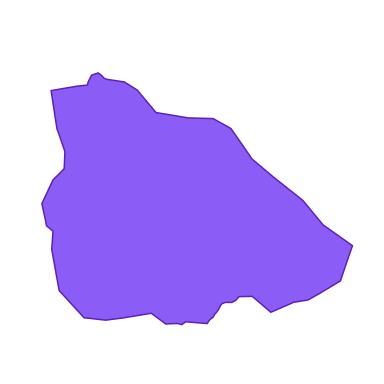 Campinas do Piauí, Piauí, Brazil (Mercator projection), rotated 171°
{"feature_id": "56859067B43304004429868", "entity_name": "Campinas do Piauí", "entity_type": "district", "adm_level": 2, "iso_a3": "BRA", "parent_name": "Brazil", "parent_adm1": "Piauí", "projection": "mercator", "projection_center": [-41.868, -7.679], "detail": "fine", "context": "isolated", "style": "filled", "palette": "violet", "viewbox_px": 384, "rotation_deg": 171, "n_neighbors": 0, "source": "geoboundaries", "source_scale": "gbopen_adm2", "svg_char_len": 985}
<svg xmlns="http://www.w3.org/2000/svg" viewBox="0 0 384 384"><g transform="rotate(171 192 192)"><path d="M222.8,62.6L218.5,64.8L197.7,59.7L194.3,63.2L190.8,65.0L188.6,67.8L186.5,69.4L184.2,71.7L182.1,74.8L179.8,77.1L176.0,77.7L170.2,76.7L165.8,78.1L162.0,81.3L148.8,79.5L137.8,66.6L133.0,60.9L112.4,66.2L108.9,67.2L94.4,67.2L82.2,71.7L59.3,81.0L46.6,105.2L41.9,113.8L53.3,125.0L67.7,139.0L83.8,166.3L109.6,194.4L127.9,215.6L129.5,219.4L143.6,248.6L155.7,258.1L159.6,261.2L184.3,265.8L199.7,271.0L215.1,276.1L228.2,297.9L230.1,301.2L241.6,311.3L258.5,316.6L261.2,318.3L263.2,321.5L266.1,324.3L272.9,323.1L277.1,317.3L278.6,314.0L288.8,314.5L300.2,314.4L315.3,314.2L315.5,275.5L314.4,270.0L311.2,251.8L314.6,235.0L322.4,229.3L327.4,225.7L342.1,204.0L341.2,188.2L341.0,181.4L335.4,175.0L339.5,157.3L339.2,141.6L338.8,122.9L338.6,115.4L318.3,84.7L297.2,78.9L279.2,78.4L251.2,78.6L238.5,65.7L233.3,65.2L226.5,64.3L222.8,62.6Z" fill="#8b5cf6" stroke="#5b21b6" stroke-width="1.5"/></g></svg>